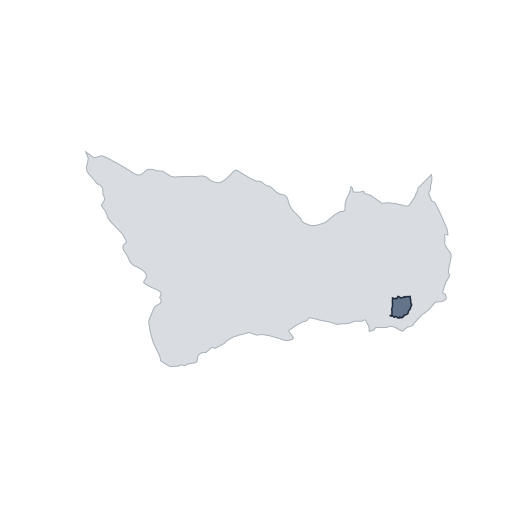 Bocaranga, Ouham-Pendé, Central African Republic (highlighted), rotated 198°
{"feature_id": "33826404B56355179164788", "entity_name": "Bocaranga", "entity_type": "district", "adm_level": 2, "iso_a3": "CAF", "parent_name": "Central African Republic", "parent_adm1": "Ouham-Pendé", "projection": "mercator", "projection_center": [15.797, 6.756], "detail": "fine", "context": "in_parent", "style": "filled", "palette": "slate", "viewbox_px": 512, "rotation_deg": 198, "n_neighbors": 0, "source": "geoboundaries", "source_scale": "gbopen_adm2", "svg_char_len": 5408}
<svg xmlns="http://www.w3.org/2000/svg" viewBox="0 0 512 512"><g transform="rotate(198 256 256)"><path d="M349.7,194.4L354.1,195.6L354.9,196.9L353.6,201.4L354.5,204.2L357.0,206.5L359.5,207.5L361.9,208.1L370.3,209.5L373.8,211.2L378.4,216.4L384.2,221.1L385.6,223.7L385.3,225.9L383.6,228.7L383.9,229.9L386.5,232.6L389.6,235.5L395.1,238.6L404.8,243.6L409.2,246.9L410.7,249.4L413.2,252.1L416.6,254.6L418.9,256.5L417.4,261.9L417.8,263.7L418.7,265.3L420.7,267.4L421.5,270.1L423.5,273.6L425.9,275.1L429.9,275.7L432.0,277.3L436.3,280.0L440.5,282.4L442.4,284.0L443.5,285.4L444.4,287.1L444.9,288.8L445.0,292.5L445.7,297.0L448.0,300.1L450.1,302.4L441.5,299.8L440.2,299.7L438.7,300.2L434.2,303.4L432.7,303.8L427.1,303.2L413.3,300.6L402.7,298.1L399.6,297.2L393.9,296.3L390.2,298.0L386.7,303.8L385.7,305.0L380.1,306.7L377.5,306.2L371.2,307.8L361.3,305.4L357.8,305.9L355.1,307.1L348.0,309.7L343.7,311.2L338.7,312.6L334.0,314.7L330.8,315.8L327.7,315.8L324.9,314.6L321.8,313.6L318.1,313.4L314.3,314.0L311.0,316.3L309.7,318.0L306.9,322.4L303.5,329.5L302.2,330.9L301.0,331.7L285.7,328.1L279.0,327.3L274.6,328.4L269.0,326.4L266.5,326.0L265.4,326.7L262.2,325.8L257.2,323.3L252.3,322.3L247.9,322.7L245.3,321.9L243.1,319.5L240.3,315.1L235.3,310.8L228.6,307.4L224.4,304.8L222.8,303.0L219.2,302.1L213.6,301.9L208.3,303.6L200.7,309.0L193.6,320.0L189.6,324.3L186.5,325.3L185.7,328.0L187.2,332.2L187.7,337.1L186.5,345.4L187.0,351.4L185.3,350.4L183.7,347.6L182.9,347.0L178.2,348.3L175.8,349.5L174.5,350.6L173.5,350.7L172.0,349.2L170.9,348.9L169.0,349.2L167.1,349.2L165.9,349.0L165.1,349.1L162.9,348.2L154.9,345.9L153.5,345.1L151.9,345.2L147.7,347.2L145.5,347.8L138.8,349.0L131.7,349.6L129.0,349.7L127.1,350.6L125.9,351.8L123.7,359.5L123.1,360.8L123.2,362.7L122.6,368.8L122.9,370.8L114.3,387.6L112.9,384.8L112.0,381.5L111.7,377.7L111.9,376.7L111.3,375.6L110.6,372.5L111.3,370.5L110.7,368.5L109.1,366.4L107.6,364.9L106.7,363.5L106.0,362.8L104.3,362.6L102.1,361.9L92.6,352.0L82.8,340.9L80.8,337.3L80.0,335.2L82.4,335.0L83.0,334.6L83.0,333.7L81.5,330.8L80.8,327.2L79.6,325.0L75.7,321.6L72.0,319.0L70.9,317.7L70.2,315.8L68.8,303.7L68.2,300.3L67.0,298.8L66.1,298.2L65.8,297.3L66.0,295.2L66.5,293.3L66.4,292.5L67.4,290.8L67.4,279.7L66.3,278.2L64.0,278.1L62.9,276.5L61.9,274.5L62.2,273.0L64.3,270.8L65.7,269.9L69.9,268.1L71.1,267.2L71.8,266.1L72.3,264.6L74.8,258.9L78.4,253.2L79.9,252.0L83.6,243.6L84.5,241.5L85.1,239.3L86.3,237.6L90.3,234.7L93.3,229.7L96.5,230.0L99.9,230.8L104.2,231.2L107.6,230.2L109.8,228.3L120.2,224.9L120.9,222.2L122.6,220.8L124.5,219.6L125.2,219.4L125.3,220.3L126.5,223.1L128.8,225.9L132.3,228.9L133.3,228.7L135.5,226.4L140.9,225.0L142.3,224.3L146.2,221.0L150.8,218.8L153.5,218.1L158.2,215.8L161.5,216.1L166.9,215.8L175.8,214.7L182.3,214.4L185.6,214.0L186.4,213.5L187.7,210.3L188.6,209.4L191.1,208.0L195.8,203.1L198.9,199.0L199.9,197.5L200.5,197.2L201.9,195.5L200.5,193.7L195.2,190.0L195.3,189.5L195.0,188.9L195.3,188.4L197.3,186.9L200.1,185.2L203.0,184.6L210.6,184.7L217.1,184.4L218.6,184.4L223.7,183.6L227.2,182.8L230.7,181.0L238.8,181.2L245.5,176.7L247.4,175.9L248.3,175.2L248.5,174.6L251.7,172.8L255.2,169.1L258.0,165.8L258.8,163.4L266.4,155.5L269.0,155.7L270.3,154.7L273.3,149.4L274.3,148.4L277.4,147.5L278.9,145.9L280.2,143.6L280.2,140.7L279.6,138.4L279.6,137.2L280.3,136.2L281.6,135.2L287.4,132.3L288.8,130.9L289.7,129.7L291.3,129.5L293.1,129.6L294.2,128.8L295.5,127.5L299.5,125.8L303.2,124.4L307.1,125.0L314.1,126.7L316.3,130.5L317.3,131.9L326.0,140.8L327.7,142.9L332.0,149.4L334.6,153.8L337.7,160.1L338.0,163.5L337.6,166.5L337.0,174.8L336.2,177.1L332.3,181.6L332.2,183.6L333.0,185.3L334.1,186.0L334.8,186.8L334.4,190.7L335.8,192.2L338.7,193.2L345.9,193.9L349.7,194.4Z" fill="#d9dde1" stroke="#a8b0b8" stroke-width="1"/><path d="M102.2,263.2L102.6,262.9L102.9,262.6L103.0,262.5L103.2,262.2L103.3,262.0L103.5,261.8L103.9,261.7L104.2,261.5L104.6,261.2L104.8,261.0L105.5,260.8L105.9,260.9L106.1,261.0L106.3,261.2L106.6,261.3L106.8,261.3L107.0,261.4L107.5,261.5L108.0,261.6L108.3,261.5L108.5,261.4L108.6,261.0L108.6,260.7L108.6,260.4L108.7,260.2L108.7,259.8L108.7,259.7L108.7,259.4L108.8,259.0L108.9,258.9L109.0,258.9L109.4,259.0L109.8,259.0L110.1,258.9L110.2,258.7L110.5,258.3L110.9,258.3L113.2,258.3L112.7,256.9L112.5,255.7L111.2,252.1L110.8,251.0L110.4,247.0L109.2,244.6L109.2,243.7L109.0,243.2L108.7,242.8L108.6,242.4L108.6,241.9L108.8,241.5L109.3,241.1L109.7,241.0L110.6,240.8L109.9,240.8L109.5,240.7L109.2,240.7L108.7,240.7L108.3,240.7L107.8,241.0L107.5,241.2L107.0,241.0L106.5,240.8L106.2,240.6L105.8,240.5L105.4,240.5L105.1,241.1L104.5,241.5L104.2,241.7L103.6,241.7L103.0,241.4L102.8,241.1L102.5,241.0L102.2,240.9L102.0,241.0L101.5,241.1L101.2,241.1L100.8,241.2L100.5,241.4L100.3,241.5L100.3,241.9L100.3,242.1L100.5,242.3L100.4,242.5L100.2,242.5L99.9,242.4L99.6,242.3L99.4,242.3L99.3,242.2L99.1,242.1L98.8,242.1L98.7,242.3L98.4,242.5L98.2,242.6L97.7,242.8L97.5,243.2L97.5,243.3L97.2,243.7L96.9,244.0L97.2,244.4L96.9,245.0L96.7,245.6L95.9,246.1L95.3,246.4L95.0,246.7L94.6,247.0L94.3,247.5L94.1,247.9L93.8,248.3L93.7,248.6L93.9,249.2L94.0,250.3L93.6,251.8L92.9,253.3L93.0,254.2L93.1,255.2L92.9,256.4L92.9,257.6L93.2,258.3L93.7,258.4L94.1,258.9L94.6,260.2L95.1,261.3L95.4,262.3L96.0,262.9L96.3,264.0L96.6,264.6L97.0,265.2L97.5,264.9L98.0,264.6L98.9,264.3L99.5,264.2L100.2,264.0L100.5,263.8L101.0,263.4L101.6,262.8L101.8,262.8L102.0,263.0L102.2,263.2Z" fill="#64748b" stroke="#1e293b" stroke-width="1.5"/></g></svg>